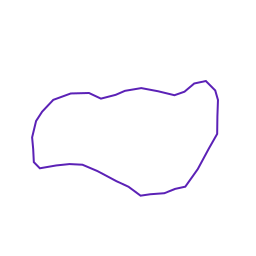 outline of Orust, Västra Götaland, Sweden, rotated 33°
{"feature_id": "70781695B44388212160911", "entity_name": "Orust", "entity_type": "district", "adm_level": 2, "iso_a3": "SWE", "parent_name": "Sweden", "parent_adm1": "Västra Götaland", "projection": "orthographic", "projection_center": [11.637, 58.169], "detail": "fine", "context": "isolated", "style": "outline", "palette": "violet", "viewbox_px": 256, "rotation_deg": 33, "n_neighbors": 0, "source": "geoboundaries", "source_scale": "gbopen_adm2", "svg_char_len": 572}
<svg xmlns="http://www.w3.org/2000/svg" viewBox="0 0 256 256"><g transform="rotate(33 128 128)"><path d="M167.7,46.2L159.3,54.6L155.6,66.8L149.1,75.2L133.2,80.8L117.4,87.3L105.2,98.5L99.6,106.9L89.3,118.1L76.2,119.9L61.2,130.2L50.0,145.1L47.1,161.0L47.1,172.2L52.7,188.1L60.1,197.5L67.6,207.9L76.0,209.8L88.2,198.5L98.6,190.1L109.8,183.6L125.7,180.8L147.3,178.9L160.4,177.0L175.4,177.9L182.8,171.4L194.0,162.9L200.6,153.5L208.0,146.0L208.9,124.5L207.0,101.2L206.0,84.4L196.6,69.5L188.2,55.5L180.7,49.0L167.7,46.2Z" fill="none" stroke="#5b21b6" stroke-width="2"/></g></svg>